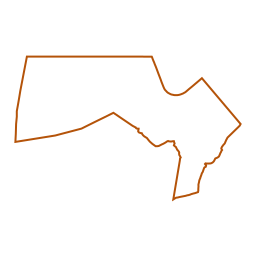 Suba North, Nyanza, Kenya (Albers equal-area conic projection)
{"feature_id": "3690345B53890832325743", "entity_name": "Suba North", "entity_type": "district", "adm_level": 2, "iso_a3": "KEN", "parent_name": "Kenya", "parent_adm1": "Nyanza", "projection": "albers", "projection_center": [34.283, -0.505], "detail": "fine", "context": "isolated", "style": "outline", "palette": "amber", "viewbox_px": 256, "rotation_deg": 0, "n_neighbors": 0, "source": "geoboundaries", "source_scale": "gbopen_adm2", "svg_char_len": 2817}
<svg xmlns="http://www.w3.org/2000/svg" viewBox="0 0 256 256"><path d="M26.9,56.6L20.3,90.9L19.1,98.2L17.8,105.7L16.8,111.2L16.8,116.7L16.1,124.0L15.8,133.9L15.4,141.9L55.3,135.5L61.7,133.8L67.1,132.4L81.5,128.6L86.1,126.3L96.4,121.2L105.2,116.9L113.4,112.8L132.7,125.9L133.9,126.5L134.9,127.1L135.7,127.4L136.1,128.2L136.9,128.6L138.6,128.7L138.5,129.8L138.2,130.7L138.2,131.5L138.9,132.4L139.9,132.8L140.7,133.1L141.8,133.2L142.2,134.1L143.1,135.3L144.3,136.4L146.9,138.0L148.7,140.3L149.9,141.7L152.4,143.9L155.6,146.2L157.2,146.2L158.7,146.0L160.1,145.3L161.8,144.4L162.8,144.0L164.5,143.1L166.0,142.2L167.1,141.4L168.1,141.0L168.7,141.3L169.5,141.4L170.4,141.5L171.4,141.5L172.3,141.3L173.2,141.2L173.9,141.2L174.0,141.7L174.1,142.2L174.4,142.9L174.6,143.5L174.2,144.4L173.9,145.4L174.5,145.9L174.9,146.3L175.8,146.9L176.3,147.9L176.8,148.9L177.1,149.5L177.3,149.9L177.7,150.2L178.0,150.5L178.3,151.0L178.8,151.6L179.2,152.5L179.1,153.6L179.2,154.3L179.3,155.0L179.6,155.5L179.9,155.9L180.3,156.7L180.7,157.5L180.1,158.3L179.8,160.7L173.3,199.4L176.1,197.7L177.7,197.5L179.2,197.1L181.1,196.7L182.2,196.5L183.2,196.3L184.2,196.1L185.7,195.8L187.3,195.3L188.6,195.1L190.2,194.6L191.3,194.1L192.4,193.8L193.4,193.5L194.8,193.2L196.3,192.7L198.0,192.1L198.3,190.7L198.3,189.1L198.4,187.6L198.5,186.1L198.4,184.9L198.6,183.8L199.0,182.2L199.3,180.5L199.5,179.9L199.7,179.4L200.2,178.3L200.5,177.2L201.1,175.6L201.5,174.5L201.8,173.4L202.7,172.0L203.3,170.3L203.7,169.1L204.3,167.6L204.7,167.3L205.8,166.7L206.1,165.4L205.7,165.0L205.0,164.0L205.5,163.4L206.5,163.5L206.9,163.5L207.3,163.5L208.4,163.5L208.8,163.5L209.5,163.5L210.8,163.4L211.9,162.9L212.3,162.7L212.6,162.5L213.4,161.8L214.1,160.9L214.7,159.7L215.3,158.5L216.2,158.1L217.2,157.7L217.6,157.5L218.0,157.2L218.9,156.5L219.4,155.5L219.6,155.0L219.7,154.7L220.1,153.8L220.3,153.2L220.6,152.7L221.0,152.0L221.3,151.2L221.6,150.6L222.1,150.0L221.9,149.6L221.3,148.7L221.5,147.8L222.0,146.8L222.8,145.7L223.1,145.3L223.4,144.9L224.6,143.6L225.1,142.7L225.4,141.8L225.8,141.0L226.3,139.8L226.9,138.8L227.5,137.6L238.6,126.8L239.7,125.7L240.6,124.0L236.3,118.9L225.3,105.9L201.9,78.2L198.5,81.1L191.4,87.1L189.2,88.9L185.7,91.9L185.0,92.4L184.2,92.8L183.0,93.5L181.7,94.0L181.2,94.2L180.6,94.4L179.7,94.7L179.3,94.8L178.9,94.9L177.5,95.1L176.1,95.1L174.5,95.1L173.7,95.0L173.4,94.9L172.4,94.7L171.4,94.5L170.4,94.1L169.1,93.4L168.0,92.8L166.9,91.9L166.3,91.2L166.0,90.9L165.7,90.6L164.8,89.6L164.2,88.5L163.6,87.2L161.5,81.9L160.7,79.6L159.7,77.0L158.5,73.9L156.2,67.7L155.2,65.2L155.0,64.8L154.8,64.3L154.4,63.2L154.0,62.1L153.6,61.3L153.3,60.5L153.0,59.8L152.6,58.8L152.3,57.9L152.1,57.5L151.8,56.7L139.1,56.6L113.6,56.6L110.7,56.6L108.4,56.6L97.4,56.6L88.9,56.6L67.3,56.6L40.5,56.6L28.2,56.6L26.9,56.6Z" fill="none" stroke="#b45309" stroke-width="2"/></svg>